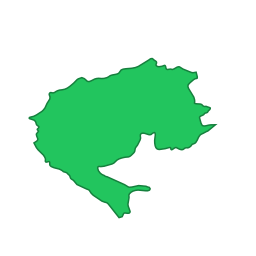 outline of Napo, rotated 57°
{"feature_id": "ECU-1290", "entity_name": "Napo", "entity_type": "Province", "adm_level": 1, "iso_a3": "ECU", "parent_name": "Ecuador", "parent_adm1": "", "projection": "equal_earth", "projection_center": [-77.718, -0.603], "detail": "fine", "context": "isolated", "style": "filled", "palette": "green", "viewbox_px": 256, "rotation_deg": 57, "n_neighbors": 0, "source": "natural_earth", "source_scale": "10m", "svg_char_len": 3989}
<svg xmlns="http://www.w3.org/2000/svg" viewBox="0 0 256 256"><g transform="rotate(57 128 128)"><path d="M66.5,205.5L65.9,205.5L65.5,204.9L65.9,203.4L66.8,200.9L67.0,199.5L67.2,197.6L67.2,191.1L66.8,189.1L65.9,186.6L63.3,182.5L61.1,177.8L59.5,176.5L57.1,175.9L56.3,175.2L56.0,174.3L56.2,173.4L56.8,172.8L57.5,172.1L58.0,171.2L58.2,170.0L58.2,168.0L58.4,166.7L58.9,164.8L60.0,162.6L61.1,159.8L61.5,157.1L61.4,154.0L60.8,149.2L59.7,144.3L59.7,142.9L60.6,139.3L62.7,137.8L63.9,137.4L66.6,136.7L67.4,136.0L68.0,135.0L68.4,133.0L68.8,129.3L69.4,127.4L70.3,125.6L72.2,123.1L73.4,121.0L74.3,118.2L74.5,116.4L74.4,114.9L74.6,113.5L75.1,112.0L76.3,109.1L76.9,107.3L77.0,105.9L75.6,102.1L76.0,100.0L77.2,97.4L80.0,92.2L81.3,89.0L82.0,85.8L82.3,73.3L82.2,71.8L82.4,70.8L83.0,69.8L84.1,69.4L85.0,69.2L87.4,68.2L88.2,68.2L89.0,68.6L90.1,70.0L90.7,70.3L91.4,70.3L92.7,69.6L93.6,68.4L94.8,65.7L95.1,64.2L95.4,63.2L95.8,62.9L96.7,62.9L98.9,63.7L99.8,63.6L100.4,63.1L101.6,60.5L102.1,59.8L102.7,59.4L103.2,58.7L103.5,57.2L103.7,53.7L104.1,52.4L104.8,51.5L108.5,49.8L115.8,44.7L117.0,43.5L118.3,40.5L122.8,42.0L123.8,42.7L123.9,43.0L123.8,43.3L123.8,43.6L123.7,43.8L123.6,44.1L123.5,44.3L123.4,44.5L123.3,44.8L123.2,45.4L123.2,46.7L123.8,51.3L124.5,54.0L125.9,55.2L127.8,55.7L138.0,56.0L140.8,56.9L142.2,57.7L143.3,58.7L143.9,58.5L145.0,57.4L147.2,54.4L148.4,53.4L150.1,53.1L151.1,52.6L151.8,51.9L152.1,51.2L152.4,50.7L152.9,50.3L153.4,50.0L154.8,48.8L156.0,48.1L156.6,48.5L157.1,49.5L157.3,50.9L157.7,52.0L158.1,52.7L158.1,53.2L158.0,53.9L157.7,54.7L157.5,55.3L157.6,56.0L158.0,57.2L158.0,57.9L157.9,58.6L157.8,59.4L157.6,60.4L157.6,61.3L157.9,62.1L158.8,62.6L163.6,64.1L165.3,64.3L166.5,64.3L167.1,63.8L167.8,63.0L168.4,61.9L169.5,58.9L170.3,57.1L172.9,52.9L174.0,62.7L173.7,64.1L173.4,67.8L173.1,69.8L173.1,71.1L173.7,72.8L174.3,74.1L175.8,76.4L177.0,78.9L177.2,79.8L177.1,80.9L177.0,81.7L176.8,82.3L176.6,83.0L177.5,85.5L177.5,87.6L177.2,88.7L176.6,89.5L176.1,90.3L175.9,91.2L176.0,93.4L175.6,94.6L174.7,95.6L173.6,96.5L170.5,98.3L170.2,99.2L170.1,100.3L170.2,102.5L169.9,103.4L169.4,103.6L168.1,103.1L167.6,103.1L167.1,103.6L166.7,104.5L165.6,108.0L163.1,113.4L162.2,114.4L161.1,115.1L159.7,115.3L157.7,114.9L155.2,113.8L152.9,112.4L148.6,108.8L147.1,108.1L146.2,108.3L145.9,109.3L145.8,110.5L146.0,112.2L145.6,113.3L144.9,114.2L141.7,116.8L140.7,117.9L140.1,118.9L139.9,120.0L140.2,121.1L141.5,122.1L142.5,122.5L143.6,123.2L144.7,124.5L147.5,129.3L148.6,132.3L149.2,133.2L150.5,134.4L151.4,135.3L152.0,136.8L152.7,140.3L152.8,142.0L152.5,143.4L151.1,146.0L150.4,147.7L149.6,150.0L149.0,152.6L148.9,154.6L149.7,158.9L149.5,160.9L147.1,168.7L146.2,170.6L145.4,172.1L144.3,173.4L144.3,174.6L145.6,175.5L147.9,176.1L150.5,175.9L152.5,175.3L154.2,174.3L154.5,174.0L156.4,173.2L157.5,172.1L173.7,161.7L177.5,159.9L178.3,159.3L179.6,157.0L182.1,150.4L186.7,144.6L188.1,143.7L189.4,142.5L190.9,142.5L191.6,143.2L191.8,144.0L191.4,145.6L190.4,147.2L185.5,153.4L184.4,155.7L183.7,158.0L183.5,160.2L183.9,162.4L184.5,163.6L185.5,164.3L186.4,164.7L187.2,165.3L191.9,169.6L193.7,170.4L198.0,171.4L199.3,171.8L199.9,172.5L200.0,173.5L199.3,174.8L197.5,177.0L197.3,177.8L197.7,178.9L198.3,179.7L199.2,181.2L198.3,184.3L181.2,185.9L179.7,186.2L178.6,186.9L177.4,188.0L175.1,189.7L165.4,193.8L162.6,194.4L159.1,194.4L158.0,194.9L156.7,195.9L147.6,201.6L142.7,202.2L141.3,202.6L140.0,203.3L138.9,203.5L137.9,203.3L136.4,202.9L135.1,203.1L133.8,203.5L132.4,203.7L131.4,204.3L129.4,206.0L128.1,206.3L126.0,207.4L124.9,208.1L121.0,211.7L118.5,213.4L117.0,213.8L115.7,213.4L114.8,212.7L113.9,212.3L113.3,212.4L112.9,212.9L112.3,214.8L111.7,215.5L110.7,215.4L109.8,214.6L108.7,214.0L107.1,213.7L104.6,213.7L97.3,215.3L94.5,215.5L89.3,215.0L89.3,211.7L88.9,210.5L88.2,209.6L84.8,208.9L83.2,208.2L82.2,205.5L81.8,204.8L81.1,204.8L80.0,205.0L79.6,204.7L79.3,203.4L79.0,202.6L78.5,202.1L77.5,202.3L75.7,202.9L74.9,202.8L72.7,202.1L71.3,202.2L70.1,202.6L66.5,205.5Z" fill="#22c55e" stroke="#15803d" stroke-width="1.5"/></g></svg>